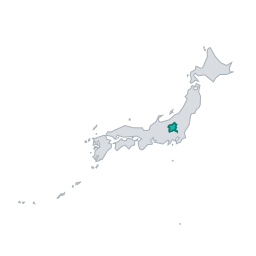 Gunma highlighted on a map of Japan, rotated 12°
{"feature_id": "JPN-3503", "entity_name": "Gunma", "entity_type": "Prefecture", "adm_level": 1, "iso_a3": "JPN", "parent_name": "Japan", "parent_adm1": "", "projection": "albers", "projection_center": [138.983, 36.504], "detail": "fine", "context": "in_parent", "style": "filled", "palette": "teal", "viewbox_px": 256, "rotation_deg": 12, "n_neighbors": 0, "source": "natural_earth", "source_scale": "10m", "svg_char_len": 5355}
<svg xmlns="http://www.w3.org/2000/svg" viewBox="0 0 256 256"><g transform="rotate(12 128 128)"><path d="M185.7,70.4L189.5,71.3L189.5,77.7L192.3,81.8L193.8,90.0L193.3,93.0L190.8,96.4L190.3,99.8L187.6,100.5L186.6,102.4L187.1,112.2L184.0,120.7L186.4,125.5L183.2,127.6L182.4,130.8L178.5,133.4L178.3,129.7L180.4,127.0L178.3,126.3L176.9,128.7L177.1,131.1L173.8,129.9L172.5,134.1L170.6,136.2L170.3,132.8L171.1,132.3L169.7,131.4L165.5,136.4L156.6,136.4L158.3,134.6L155.9,134.0L155.1,135.0L154.7,131.9L152.5,135.4L155.1,137.8L154.9,138.9L150.7,140.2L147.3,145.9L145.5,146.6L143.6,145.9L141.2,141.5L141.1,138.8L143.7,135.7L138.4,134.1L125.6,137.9L119.1,137.2L117.5,141.7L114.4,139.5L107.9,139.7L108.9,135.8L111.6,135.8L124.6,126.2L132.8,126.7L142.2,124.9L143.3,127.0L147.8,126.4L149.3,124.9L149.2,121.6L154.2,115.7L155.5,109.7L159.1,108.4L155.8,112.2L156.7,114.9L158.4,115.7L166.7,111.4L171.0,105.4L174.6,103.0L177.8,95.5L179.7,88.4L179.1,86.2L177.3,85.6L179.2,82.3L178.9,78.4L181.1,76.7L181.8,73.1L183.6,73.4L184.5,76.8L187.2,76.3L188.0,73.2L184.8,73.9L184.8,72.8L185.7,70.4ZM205.2,44.9L211.5,46.4L215.8,42.3L214.6,48.7L216.2,52.0L219.6,51.0L213.4,55.0L206.8,56.6L203.2,61.1L202.0,65.2L192.0,60.0L185.9,62.4L182.3,60.4L181.3,63.0L187.2,67.5L183.7,67.5L181.0,70.9L179.3,70.8L179.7,66.6L177.8,63.2L177.9,60.3L181.9,56.7L181.6,53.4L186.8,54.5L188.5,53.5L190.8,42.0L189.4,35.7L190.0,33.4L191.8,32.3L198.5,40.0L205.2,44.9ZM109.6,143.4L113.7,143.7L112.2,146.8L115.1,147.2L115.7,150.8L112.6,154.5L109.2,164.4L107.1,163.9L107.2,165.6L103.6,167.6L104.9,161.1L103.0,162.3L102.9,166.0L99.5,163.5L101.1,161.8L100.5,157.1L104.5,152.4L103.4,151.9L104.0,150.3L101.8,146.8L100.8,147.4L101.0,149.9L102.2,150.0L102.2,151.4L100.0,150.5L97.5,152.2L97.2,147.5L99.5,149.7L96.6,145.8L106.2,140.0L108.1,140.7L109.6,143.4ZM132.0,137.8L137.4,139.2L138.0,143.1L135.0,145.0L133.3,148.4L129.1,145.6L126.2,146.9L122.0,152.4L119.6,150.7L119.3,145.8L116.2,146.4L121.3,143.4L123.9,139.7L125.8,141.4L128.9,140.8L129.2,138.6L132.0,137.8ZM79.2,206.7L75.6,208.3L74.7,211.0L73.3,211.3L76.2,206.0L77.8,206.4L79.4,204.6L79.2,206.7ZM168.6,103.3L166.0,105.6L166.2,103.2L168.1,100.9L167.7,103.2L168.6,103.3ZM93.2,190.5L90.1,193.9L88.5,192.6L93.2,190.5ZM99.7,155.7L98.8,155.5L99.4,152.9L100.7,152.8L99.7,155.7ZM139.7,138.7L137.7,138.6L140.4,136.3L139.6,137.7L139.7,138.7ZM102.5,174.7L101.0,174.6L100.6,173.4L102.7,173.5L102.5,174.7ZM97.0,133.3L95.2,134.7L96.9,131.9L97.0,133.3ZM105.4,173.7L104.7,173.2L106.5,169.7L106.3,171.4L105.4,173.7ZM88.9,149.3L90.2,149.6L90.6,150.7L88.9,151.0L88.9,149.3ZM95.7,135.6L94.4,136.8L94.7,135.2L95.7,135.6ZM38.2,223.7L36.4,223.3L36.5,223.0L37.4,222.3L38.2,223.7ZM128.5,119.8L127.5,120.0L127.3,118.9L128.0,118.5L128.5,119.8ZM92.2,149.1L91.7,148.0L92.8,146.4L93.2,147.7L92.2,149.1ZM42.1,222.1L41.4,223.4L40.5,223.4L40.2,222.5L42.1,222.1ZM86.6,197.4L85.7,197.2L86.0,195.6L86.3,195.6L86.6,197.4ZM187.5,36.1L186.5,35.8L186.4,35.3L187.2,35.0L187.5,36.1ZM103.0,153.2L101.6,154.0L101.2,153.6L103.0,153.2ZM175.4,64.9L174.9,63.9L175.8,63.6L175.4,64.9ZM118.0,141.5L118.9,141.2L119.9,141.2L118.0,141.5ZM185.8,33.0L185.7,34.7L185.2,32.9L185.8,33.0ZM96.1,145.2L94.9,146.2L96.6,144.6L96.1,145.2ZM52.5,221.4L50.9,221.3L51.3,220.0L51.6,220.7L52.5,221.4ZM98.7,140.3L97.8,141.0L98.3,140.0L98.7,140.3ZM135.1,136.1L134.4,137.2L133.9,136.2L135.1,136.1ZM89.2,193.3L88.9,194.0L88.7,193.1L89.2,193.3ZM175.2,134.7L174.9,135.5L174.7,134.7L175.2,134.7ZM97.0,160.1L96.2,160.2L96.9,159.7L97.0,160.1ZM120.8,138.8L120.8,139.7L120.1,139.6L120.8,138.8ZM178.8,150.7L178.1,150.9L178.1,150.5L178.8,150.7ZM199.2,210.9L199.3,211.8L198.7,210.8L199.2,210.9Z" fill="#d9dde1" stroke="#a8b0b8" stroke-width="1"/><path d="M172.5,113.1L172.7,113.3L172.8,113.4L172.9,113.5L173.0,113.5L173.1,113.9L173.3,114.0L173.5,114.0L173.7,114.3L173.9,114.3L174.6,114.4L174.4,114.7L174.4,114.8L174.5,115.0L174.7,115.3L174.5,115.5L174.4,115.7L174.4,115.8L174.4,116.2L174.3,116.3L174.2,116.6L174.2,116.9L174.2,117.0L174.5,117.2L175.1,117.3L175.3,117.4L175.3,117.6L175.2,117.7L175.2,117.8L175.0,118.0L174.9,118.2L174.9,118.3L174.8,118.5L174.7,118.8L174.6,119.0L174.5,119.3L174.4,119.3L174.4,119.5L174.5,119.6L174.8,119.9L174.9,120.1L175.1,120.4L175.2,120.5L175.3,120.5L175.4,120.4L175.6,120.4L176.4,120.5L176.5,120.6L176.8,120.9L176.9,121.1L177.0,121.6L176.5,121.3L176.2,121.2L175.8,121.2L175.5,121.3L175.3,121.2L175.0,121.0L174.8,120.9L174.2,120.9L173.6,120.7L173.4,120.6L173.2,120.6L172.9,120.5L172.7,120.5L172.2,121.2L172.2,121.3L172.2,121.5L172.0,121.8L171.5,122.0L170.7,122.3L170.2,122.7L169.9,122.8L169.8,123.0L169.6,123.2L169.5,123.3L169.0,122.9L168.9,122.7L168.9,122.4L168.9,122.2L168.9,121.9L168.7,121.8L168.6,121.7L168.6,121.4L168.8,121.4L168.8,121.1L168.7,120.9L168.7,120.6L168.7,120.4L168.8,120.3L168.9,120.2L169.0,120.1L169.0,119.9L168.9,119.4L168.9,119.2L168.6,119.1L168.4,119.0L168.1,119.2L167.9,119.2L167.7,119.2L167.3,119.0L167.1,118.9L167.1,118.7L167.1,118.4L167.1,118.2L167.2,117.8L167.3,117.6L167.4,117.4L167.5,117.2L167.9,116.9L168.0,116.9L168.0,116.6L168.2,116.4L168.3,116.4L168.6,116.3L168.8,116.3L168.9,116.2L169.0,116.2L169.4,116.1L169.7,115.9L169.9,115.9L170.1,115.9L170.3,115.8L170.4,115.7L170.5,115.4L171.0,115.1L171.2,114.7L171.3,114.6L171.5,114.5L171.6,114.4L171.5,114.2L171.5,113.9L172.1,113.6L172.3,113.5L172.3,113.4L172.4,113.2L172.5,113.1Z" fill="#14b8a6" stroke="#0f766e" stroke-width="1.5"/></g></svg>